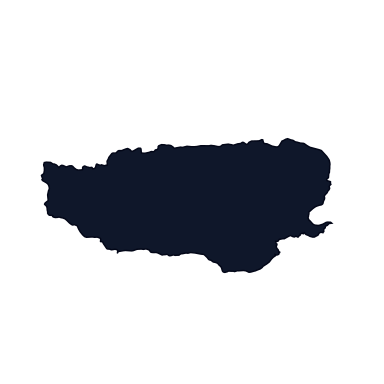 Machetá, Cundinamarca, Colombia (Albers equal-area conic projection), rotated 56°
{"feature_id": "7082276B57289019060192", "entity_name": "Machetá", "entity_type": "district", "adm_level": 2, "iso_a3": "COL", "parent_name": "Colombia", "parent_adm1": "Cundinamarca", "projection": "albers", "projection_center": [-73.613, 5.041], "detail": "fine", "context": "isolated", "style": "filled", "palette": "ink", "viewbox_px": 384, "rotation_deg": 56, "n_neighbors": 0, "source": "geoboundaries", "source_scale": "gbopen_adm2", "svg_char_len": 6070}
<svg xmlns="http://www.w3.org/2000/svg" viewBox="0 0 384 384"><g transform="rotate(56 192 192)"><path d="M296.0,93.6L294.6,94.0L292.7,96.6L292.2,97.9L291.9,101.4L290.9,104.8L290.3,106.1L288.3,108.5L287.4,109.2L285.9,109.8L282.0,110.3L280.6,110.7L278.7,110.4L277.8,109.8L277.3,109.1L276.1,108.1L275.6,107.4L274.1,106.5L274.0,106.1L273.3,101.2L273.2,98.6L273.3,97.2L273.6,95.9L274.3,93.4L274.8,92.5L275.0,91.6L275.0,90.7L274.8,90.0L273.3,88.4L271.9,86.1L271.1,85.4L269.4,84.7L269.2,84.2L268.8,83.4L268.2,80.6L267.0,78.4L266.8,77.2L266.2,76.2L265.8,75.8L264.5,75.4L264.0,75.0L263.6,74.2L263.3,72.6L262.2,72.4L261.0,71.5L260.5,71.7L258.2,73.6L257.9,73.7L257.1,73.5L256.6,72.8L256.5,71.3L256.2,70.7L253.5,68.6L252.5,67.1L251.0,66.0L249.4,64.6L247.3,63.2L246.5,62.4L245.0,61.5L242.7,60.6L241.7,60.4L237.9,60.4L230.4,61.5L229.6,61.8L227.9,63.1L220.8,69.3L217.9,70.7L214.7,71.9L214.0,72.4L212.0,74.9L209.6,76.9L208.1,78.4L206.0,79.2L205.2,79.8L204.1,80.9L201.3,82.9L200.7,84.7L200.4,88.0L200.1,88.8L202.4,93.7L202.6,95.5L202.1,96.5L201.4,97.4L198.7,100.0L194.1,102.8L192.3,104.9L191.9,105.1L190.6,105.0L188.3,104.2L187.7,104.8L187.5,105.2L187.4,106.5L187.2,107.4L186.8,108.4L183.1,114.2L182.7,116.9L183.3,118.8L183.3,119.6L182.6,120.5L179.9,121.5L179.3,122.0L179.0,122.6L179.0,124.5L177.6,127.3L176.5,131.2L176.1,131.9L174.9,132.8L174.2,133.6L172.6,135.2L170.0,140.3L170.0,141.9L170.2,142.3L170.2,142.8L169.7,143.9L169.0,145.0L166.3,147.6L164.0,150.2L163.2,152.1L158.6,158.8L157.0,162.6L155.8,164.8L154.2,167.1L151.3,170.6L150.0,174.2L149.6,175.1L148.4,176.4L146.4,180.9L146.3,181.8L146.1,182.1L143.8,182.7L141.8,183.5L141.1,184.1L140.0,185.3L139.0,187.1L137.7,188.2L135.7,190.8L135.1,193.7L135.3,194.3L135.4,194.6L136.6,195.5L137.1,196.2L137.3,196.8L137.1,197.8L136.7,198.7L136.7,199.2L137.1,200.0L137.2,201.1L136.9,201.7L135.7,203.1L135.2,205.3L133.9,208.6L133.2,209.9L131.6,212.0L130.2,211.6L128.3,210.5L127.5,210.2L127.0,210.2L125.9,211.6L125.6,212.4L125.2,217.6L124.8,219.1L123.7,219.6L122.4,219.7L121.8,220.0L120.0,221.0L119.4,222.6L118.6,225.9L118.6,226.6L117.9,227.9L116.8,229.5L116.6,230.8L116.8,231.3L117.1,233.4L116.8,234.0L115.6,235.6L115.4,236.2L115.3,236.9L116.8,241.5L118.0,243.2L118.6,244.5L119.0,245.2L121.5,246.6L122.5,247.5L122.4,247.8L121.9,248.0L121.7,248.5L121.4,249.4L121.1,250.1L118.9,251.8L118.7,252.7L118.5,253.1L117.3,254.2L115.8,255.1L115.6,255.4L115.6,255.7L115.8,256.1L117.6,258.2L117.9,258.8L117.9,259.3L117.6,260.9L117.3,261.3L115.8,261.2L115.4,261.5L114.9,262.6L114.1,263.8L113.6,264.0L112.4,265.2L110.6,266.3L110.3,266.7L110.2,267.9L110.3,268.6L110.9,269.3L111.9,269.8L112.2,270.2L112.1,270.7L111.7,271.6L110.2,274.1L108.6,275.4L106.3,276.2L103.9,276.6L103.0,277.1L102.0,278.6L101.6,279.6L101.1,281.7L100.5,282.6L100.2,282.9L99.5,283.0L98.5,283.8L97.9,284.1L97.0,285.1L96.8,286.4L97.3,288.6L93.8,289.3L91.7,290.6L91.1,291.5L90.6,291.8L88.4,292.7L85.8,296.1L85.0,298.0L85.6,298.3L85.9,299.2L86.3,299.6L87.4,300.2L88.7,300.5L90.1,301.3L91.8,302.5L93.8,304.5L93.9,304.8L94.0,307.3L94.2,307.6L97.5,308.4L97.7,308.6L97.8,309.4L98.4,309.5L98.9,309.5L102.8,307.6L104.3,307.1L105.7,307.0L107.7,307.5L109.2,308.2L110.2,309.3L110.6,310.1L113.7,313.3L118.7,316.0L119.0,319.8L119.6,321.0L120.1,321.1L121.2,320.7L122.9,320.6L124.3,321.1L126.0,322.1L127.9,322.8L128.8,323.5L129.9,323.6L131.1,323.4L131.6,323.1L133.4,320.8L133.8,320.4L134.1,320.5L134.1,320.9L134.4,321.2L134.8,321.1L135.9,320.4L136.9,319.3L138.0,317.3L138.2,316.5L138.6,316.0L139.7,315.2L141.4,313.5L143.4,312.2L145.6,311.6L149.2,310.9L151.2,310.2L152.3,309.7L152.7,309.2L153.2,308.0L153.8,307.3L156.0,306.0L156.8,306.1L157.6,306.4L159.5,306.7L162.3,306.9L166.3,306.6L168.9,306.0L170.5,304.8L172.7,301.1L173.8,299.4L175.1,298.0L175.8,296.7L176.5,295.7L178.5,294.2L179.6,293.9L180.0,294.1L181.0,294.7L181.4,295.2L181.9,295.5L182.2,295.3L182.8,294.5L183.3,294.2L183.8,294.0L185.0,294.3L191.3,294.3L192.0,293.9L193.4,292.1L194.5,291.4L195.0,290.9L196.3,288.0L197.1,287.1L197.8,286.6L198.4,286.3L198.8,286.3L200.2,287.2L201.1,288.3L200.2,286.6L200.3,286.0L202.3,281.6L203.2,279.9L207.0,275.0L207.7,273.6L208.6,270.0L209.1,268.9L211.0,265.8L212.4,264.3L213.2,262.4L213.6,261.8L215.1,260.6L216.3,259.9L217.6,259.9L218.7,259.8L219.3,259.4L220.5,258.0L222.1,255.5L223.4,254.4L227.5,252.0L228.2,250.3L228.9,249.3L229.5,247.8L230.7,246.9L231.5,246.8L232.2,246.4L232.6,245.8L233.1,244.6L233.6,242.7L235.0,241.5L235.6,240.6L235.9,239.8L236.5,239.1L237.1,238.0L236.9,237.0L237.1,235.6L237.9,234.2L239.0,231.5L239.9,230.2L240.4,229.7L241.4,227.0L244.3,223.5L248.2,219.6L250.1,217.4L250.4,217.1L251.2,216.8L253.5,216.3L255.0,216.0L257.2,215.9L258.0,215.5L259.1,214.5L260.0,214.1L261.1,213.9L262.5,213.0L263.1,212.2L265.4,210.6L267.8,210.4L269.1,210.0L271.0,209.8L274.4,210.9L275.3,210.9L276.2,210.5L277.0,209.7L277.8,207.4L277.9,206.1L278.1,205.7L279.7,203.6L280.9,201.8L281.6,201.4L281.8,201.1L282.6,198.5L283.7,196.9L285.9,193.1L287.6,191.3L290.3,189.7L290.9,188.7L291.3,187.8L292.5,184.2L292.8,183.5L293.1,181.8L293.9,178.4L293.8,176.1L293.3,174.7L293.4,170.1L293.2,167.0L292.0,163.6L291.5,161.1L291.5,158.6L290.3,158.0L291.4,157.4L291.9,156.3L292.0,155.7L292.1,155.0L291.9,154.6L291.1,154.3L291.3,153.4L291.2,153.1L290.8,152.9L290.0,153.5L288.9,153.1L287.9,152.9L286.0,153.2L283.9,152.4L283.6,152.2L283.5,151.4L282.7,150.7L281.7,151.2L279.7,150.2L280.4,149.4L280.8,148.2L280.7,147.6L280.4,147.2L280.1,146.1L281.6,142.6L282.3,141.8L282.8,136.3L283.1,134.9L283.4,134.5L285.3,133.4L286.0,132.8L286.6,132.1L286.7,130.5L288.4,129.6L288.6,129.3L288.7,129.0L288.2,128.1L288.3,126.6L287.5,125.8L287.4,125.6L287.6,124.8L287.7,123.8L287.8,123.6L288.8,123.2L288.4,121.6L288.7,121.5L289.7,121.6L291.1,121.2L292.9,119.9L294.7,119.0L296.9,117.1L297.9,115.4L297.7,114.0L298.0,113.7L298.1,113.0L298.1,111.1L297.3,110.3L297.2,108.7L297.5,107.7L298.5,106.4L298.9,106.3L299.0,106.1L298.4,105.5L298.5,105.1L298.5,104.9L298.1,104.6L297.3,104.3L297.0,103.8L296.5,103.5L296.3,103.1L296.2,101.6L295.4,101.0L295.0,100.5L295.3,98.3L294.8,96.4L294.8,96.0L296.0,93.6Z" fill="#0f172a" stroke="#020617" stroke-width="1.5"/></g></svg>